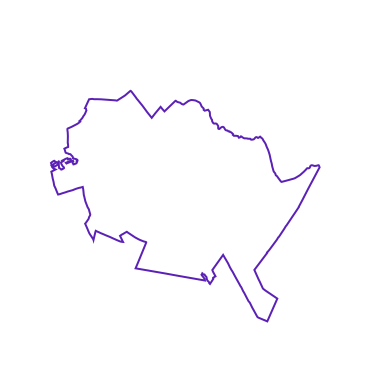 the district of Oporelu, Olt, Romania, rotated 307°
{"feature_id": "2599482B23576568126019", "entity_name": "Oporelu", "entity_type": "district", "adm_level": 2, "iso_a3": "ROU", "parent_name": "Romania", "parent_adm1": "Olt", "projection": "equal_earth", "projection_center": [24.426, 44.579], "detail": "fine", "context": "isolated", "style": "outline", "palette": "violet", "viewbox_px": 384, "rotation_deg": 307, "n_neighbors": 0, "source": "geoboundaries", "source_scale": "gbopen_adm2", "svg_char_len": 5877}
<svg xmlns="http://www.w3.org/2000/svg" viewBox="0 0 384 384"><g transform="rotate(307 192 192)"><path d="M134.0,330.0L158.2,324.3L157.5,310.1L157.5,307.3L157.7,306.5L161.3,299.8L162.1,298.1L167.3,288.7L188.6,288.7L188.8,288.3L190.5,288.5L192.7,288.6L205.0,288.5L207.7,288.2L208.3,288.4L210.4,288.3L218.5,287.8L221.1,287.5L222.2,287.6L244.3,286.4L244.4,286.2L252.0,285.0L264.8,282.8L287.5,279.2L288.4,279.1L289.0,278.3L289.6,277.2L289.5,276.9L288.9,276.4L287.5,275.3L286.4,274.0L286.2,273.2L285.7,271.9L285.2,271.3L284.4,270.9L283.1,271.1L282.4,271.4L281.5,271.2L281.0,270.8L280.6,270.0L280.1,269.6L278.3,269.5L275.4,269.1L270.5,268.1L268.4,267.3L265.0,265.9L263.9,265.2L261.7,263.5L259.1,261.5L254.5,257.9L254.0,257.5L254.0,257.3L253.9,257.1L253.9,256.8L254.3,255.2L255.8,250.3L255.8,248.9L256.0,248.5L256.6,247.8L257.0,247.1L257.3,245.8L257.6,244.8L258.5,243.6L260.7,240.7L262.8,238.4L264.3,236.4L268.4,231.7L270.0,229.5L271.5,227.3L273.1,224.3L274.3,222.5L275.0,221.2L276.3,217.5L276.6,217.1L276.9,216.3L277.0,215.6L277.0,214.2L277.3,213.3L277.3,213.2L277.1,213.0L276.0,212.7L275.0,212.3L274.8,211.9L274.8,210.7L274.6,210.4L274.4,210.2L273.8,209.9L273.0,209.8L272.1,209.8L271.3,209.6L270.7,209.2L269.6,208.1L269.4,207.7L269.3,207.4L269.3,207.2L269.6,206.7L269.5,206.3L268.4,204.9L268.1,204.4L268.0,203.9L266.9,202.2L266.4,201.6L266.2,200.9L266.1,200.0L266.0,199.1L266.1,198.3L265.9,197.6L265.6,197.6L264.5,197.4L263.6,196.8L264.3,195.0L263.5,193.5L262.1,191.6L262.2,190.3L262.6,190.3L262.9,190.1L263.0,189.8L263.2,187.8L263.2,187.3L262.8,186.2L262.8,185.9L263.0,185.6L262.9,185.3L262.4,184.8L262.3,184.4L262.5,183.8L262.4,183.3L262.2,182.9L261.9,182.5L261.7,181.6L261.9,180.7L262.2,180.1L262.8,178.6L262.7,177.6L262.5,177.3L262.1,176.9L261.3,176.5L260.4,176.2L259.8,176.2L258.8,175.9L258.4,175.2L258.8,174.4L260.4,173.3L261.1,171.5L261.3,170.5L260.9,169.6L259.9,168.4L259.9,168.0L259.8,167.6L260.5,165.7L261.7,164.5L262.0,163.5L262.4,162.7L263.8,160.4L266.0,158.6L266.6,158.0L267.4,155.4L264.6,153.2L264.6,151.9L265.7,151.1L266.1,148.3L267.4,146.0L267.8,145.1L268.0,144.2L267.2,139.8L266.1,137.7L265.3,136.4L264.5,135.6L263.5,135.0L262.6,134.4L256.8,132.6L256.4,131.9L256.1,130.8L256.2,128.8L255.1,126.2L255.1,124.1L254.9,123.9L239.8,121.5L240.5,118.1L241.1,115.7L232.9,115.3L227.0,115.2L228.8,108.2L231.1,100.5L232.9,93.3L233.3,91.4L233.5,91.1L235.5,84.2L235.9,82.3L235.8,82.0L235.5,81.9L228.7,80.4L219.8,77.1L219.1,75.7L211.3,63.6L209.4,60.9L207.1,57.8L206.9,57.4L206.7,57.0L206.6,56.7L205.8,55.7L204.1,54.0L194.5,56.1L194.7,56.6L194.7,57.2L194.1,57.9L193.8,58.2L193.6,58.6L190.3,59.4L190.0,59.4L189.4,59.6L187.3,59.6L184.9,59.9L181.3,59.6L180.0,59.1L180.8,59.7L181.1,60.1L181.0,60.4L180.0,60.1L178.7,59.9L176.5,59.0L171.7,56.7L169.7,55.6L168.0,54.6L167.7,54.5L167.3,54.6L166.4,55.3L165.7,56.0L164.9,56.8L162.0,59.2L156.2,63.4L155.9,63.9L154.2,65.4L153.4,66.0L152.4,65.3L149.8,64.0L148.7,65.6L148.0,66.5L147.4,67.4L147.4,67.8L147.5,68.0L147.8,69.0L148.2,70.0L148.2,70.7L148.9,71.9L149.0,72.4L148.8,73.1L148.6,74.2L148.6,74.9L148.1,75.9L147.3,76.7L148.5,79.7L148.7,80.5L148.7,80.8L148.3,82.2L148.2,81.4L148.1,81.2L147.8,81.2L147.5,81.2L147.6,81.7L147.6,81.8L147.4,82.0L146.3,82.2L146.1,82.2L145.9,82.2L145.7,82.4L145.3,82.4L144.7,82.1L144.3,81.8L143.8,81.2L143.5,81.1L143.3,81.2L142.7,80.7L143.2,79.7L143.5,79.0L143.7,78.8L144.1,78.8L144.6,78.6L145.0,78.7L145.3,78.1L144.1,77.5L142.1,76.3L142.3,76.3L139.2,74.6L139.4,73.7L143.9,76.3L144.5,76.0L145.2,75.6L145.4,75.0L145.2,74.6L144.9,74.3L143.4,73.3L144.1,72.3L144.0,72.1L142.2,71.0L140.0,70.0L139.2,69.6L139.3,70.6L136.8,69.6L136.5,69.9L135.8,70.7L134.8,73.2L134.7,73.8L134.7,74.2L134.6,74.8L134.1,75.4L133.9,75.4L132.8,75.0L132.5,74.7L132.1,74.7L131.4,74.3L131.2,74.0L131.4,73.6L131.4,73.3L131.4,72.5L131.1,71.6L131.3,71.3L133.7,69.1L136.2,67.4L136.3,67.3L136.3,67.1L136.0,67.0L135.2,67.1L132.4,68.1L129.6,67.0L129.5,66.8L129.6,65.8L129.5,64.6L129.5,64.2L132.8,65.4L134.1,65.8L134.3,65.8L134.3,65.7L133.9,65.4L133.7,65.2L133.8,64.7L134.1,63.6L134.1,63.3L133.9,63.1L132.8,62.6L131.3,62.1L130.3,61.9L129.6,63.0L129.1,63.4L128.6,63.6L128.2,64.8L127.6,65.6L127.6,65.8L127.5,67.6L127.9,69.5L123.6,67.4L121.6,69.8L121.0,70.4L118.9,72.7L116.9,75.2L114.4,77.9L113.9,78.6L113.5,79.5L112.8,80.8L109.9,85.6L109.4,86.6L110.9,87.8L113.8,89.8L115.1,90.8L117.5,92.4L121.7,95.6L124.7,97.4L127.6,99.5L127.9,99.9L130.3,101.7L128.5,103.7L124.4,107.5L123.6,108.6L120.5,112.3L119.9,113.2L116.9,118.0L116.6,118.9L116.1,120.0L112.8,124.3L111.9,124.7L111.0,124.8L110.1,124.9L109.7,125.0L108.7,125.5L108.1,125.6L103.4,125.8L102.4,125.7L100.6,129.0L99.4,131.1L98.6,132.4L97.2,134.9L96.6,136.5L96.0,138.3L94.7,141.8L94.4,142.2L101.9,138.9L103.1,138.5L103.5,140.6L104.0,142.6L104.1,143.5L104.7,145.6L105.5,149.0L106.7,153.5L107.5,157.2L108.8,162.7L109.4,164.8L109.7,165.2L110.1,166.2L110.6,167.0L110.8,166.6L111.1,165.9L111.1,165.7L111.5,165.2L113.7,160.9L116.3,161.8L117.4,162.4L118.6,162.8L121.0,163.9L121.0,165.3L121.5,173.8L121.9,176.6L122.3,178.8L122.5,179.7L123.5,183.3L124.3,185.1L124.3,185.7L123.8,185.9L122.8,186.2L103.8,191.2L97.1,192.9L110.7,219.4L117.1,232.1L129.1,255.6L130.1,254.5L130.4,254.0L130.5,253.2L130.8,252.4L131.0,251.5L131.6,249.4L133.0,249.3L133.3,249.2L133.3,249.3L132.7,249.6L132.5,249.9L133.0,250.8L133.5,251.3L133.6,251.8L133.2,252.6L133.0,253.5L132.9,254.5L132.4,255.2L131.7,255.9L131.2,256.5L130.9,257.0L130.5,257.9L130.4,259.0L130.3,259.6L130.0,260.2L129.7,260.4L129.5,261.0L129.4,261.7L135.4,261.3L135.6,260.9L136.0,260.9L136.3,260.5L138.8,261.5L140.9,256.9L141.9,255.2L160.5,254.7L159.1,258.0L157.2,262.6L156.7,263.8L154.7,267.6L153.4,270.6L152.8,272.3L150.3,277.7L147.4,284.3L145.9,287.6L145.7,288.5L143.5,292.7L142.9,294.3L140.3,299.7L138.8,302.9L138.6,304.1L138.3,305.0L135.9,309.7L135.4,310.9L132.1,318.2L131.6,319.4L131.5,319.8L131.7,321.0L134.0,330.0Z" fill="none" stroke="#5b21b6" stroke-width="2"/></g></svg>